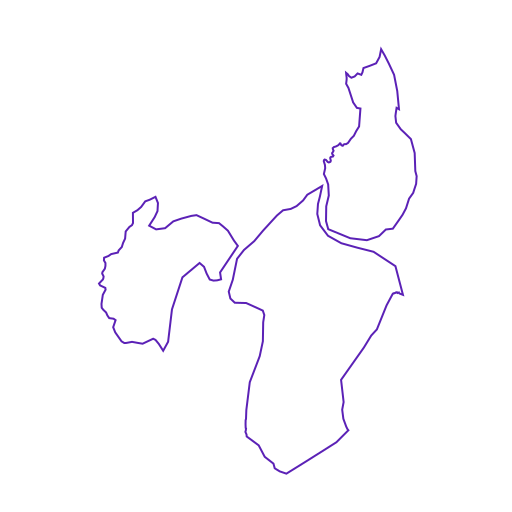 the district of Warri South-West, Delta, Nigeria, rotated 274°
{"feature_id": "59680162B46174350236230", "entity_name": "Warri South-West", "entity_type": "district", "adm_level": 2, "iso_a3": "NGA", "parent_name": "Nigeria", "parent_adm1": "Delta", "projection": "albers", "projection_center": [5.499, 5.604], "detail": "fine", "context": "isolated", "style": "outline", "palette": "violet", "viewbox_px": 512, "rotation_deg": 274, "n_neighbors": 0, "source": "geoboundaries", "source_scale": "gbopen_adm2", "svg_char_len": 3290}
<svg xmlns="http://www.w3.org/2000/svg" viewBox="0 0 512 512"><g transform="rotate(274 256 256)"><path d="M227.5,405.3L255.6,395.8L268.4,373.0L271.4,356.3L274.7,340.2L281.2,326.4L291.1,317.8L302.2,314.2L312.3,314.2L319.8,315.6L330.5,317.1L320.7,302.9L314.7,299.1L308.6,293.0L305.4,287.4L303.5,279.8L297.9,274.1L290.9,268.5L285.6,264.3L285.0,263.8L281.7,261.2L270.7,253.2L261.2,243.6L251.9,237.3L230.7,234.5L218.6,231.3L211.8,233.4L207.9,238.1L208.4,249.5L204.1,261.1L203.7,262.2L202.0,266.6L197.7,268.4L190.4,267.8L171.4,268.8L156.4,266.7L152.7,265.6L129.7,258.6L101.7,257.1L92.7,257.4L91.6,257.1L87.6,257.3L83.7,257.7L83.3,258.1L81.4,258.0L79.8,257.7L77.2,259.0L75.3,259.3L69.6,268.3L67.3,271.9L56.3,278.7L50.1,287.9L45.5,289.5L42.8,294.7L41.0,301.5L54.3,319.9L75.8,349.2L88.6,360.3L89.7,359.3L92.1,357.9L99.7,354.5L108.7,352.7L116.4,353.6L138.4,349.5L172.2,370.0L184.7,376.5L191.2,381.7L215.9,389.7L227.7,395.0L228.1,395.3L228.2,396.1L228.6,396.3L228.8,397.4L229.2,397.8L229.2,398.4L229.6,398.6L229.6,398.9L229.4,398.9L229.4,400.3L229.2,400.3L229.4,400.8L229.2,400.8L229.2,401.2L228.6,401.8L227.5,405.3ZM412.4,388.4L430.4,385.4L446.4,381.1L457.2,375.1L464.9,370.5L471.0,366.4L463.2,365.4L456.6,362.4L453.6,356.1L451.0,350.1L446.7,349.4L444.1,348.4L445.2,344.6L442.0,341.9L440.5,338.7L442.0,336.2L443.7,334.9L445.0,333.1L443.2,333.4L440.1,334.0L438.2,334.1L434.1,333.9L430.1,336.5L416.5,342.0L416.1,342.1L410.8,346.3L410.4,349.9L392.4,349.8L387.7,347.3L382.7,345.2L379.6,342.5L375.2,339.9L373.9,338.1L373.8,336.7L373.3,335.6L372.2,335.1L372.0,334.4L372.9,333.0L374.1,332.5L374.3,332.0L372.3,330.4L370.9,328.2L370.1,326.1L368.9,325.0L367.4,325.4L366.6,326.0L365.7,325.8L363.9,324.7L363.0,325.0L361.6,326.3L360.6,325.8L360.1,323.9L359.5,323.3L358.8,323.2L356.2,324.0L355.1,323.6L354.4,322.1L354.8,321.0L356.7,319.1L357.0,317.7L356.3,317.1L355.3,317.0L351.7,318.4L348.5,318.9L342.5,318.0L338.2,320.5L332.4,323.0L321.4,324.4L310.5,322.6L295.7,323.4L287.8,326.2L280.3,348.8L279.5,365.5L284.4,377.3L291.5,383.7L292.8,390.6L301.7,396.0L307.3,399.3L314.0,402.3L323.9,404.7L329.9,408.4L333.6,409.3L339.1,410.7L346.8,410.7L351.8,409.0L369.8,407.1L383.4,402.4L389.4,395.4L392.5,391.6L398.7,386.5L405.3,385.3L407.1,385.4L408.6,385.5L413.6,385.9L412.4,388.4ZM230.3,222.8L237.1,221.3L264.8,237.2L269.9,232.9L279.3,226.2L283.2,221.1L286.2,216.8L286.2,210.3L289.7,201.4L292.6,193.8L291.5,188.7L289.9,184.1L288.1,178.9L284.8,171.1L277.4,163.4L275.6,154.5L278.8,147.3L287.7,152.2L293.9,154.6L302.0,154.5L308.0,151.6L304.7,146.0L302.8,141.7L296.9,138.0L293.4,134.5L290.5,130.2L280.3,131.0L278.1,130.1L276.2,127.7L271.4,124.3L264.2,124.2L259.8,122.5L255.6,121.5L252.0,118.6L249.8,118.0L247.8,111.4L245.7,108.8L243.7,104.6L241.0,104.6L238.5,106.3L235.6,106.5L232.8,106.1L229.1,103.9L227.7,103.8L225.0,105.4L223.3,105.3L221.9,104.9L217.6,101.3L215.8,102.5L213.7,107.9L211.9,108.3L206.6,105.9L197.4,105.2L193.6,105.7L191.7,107.4L189.2,110.4L186.3,111.9L183.8,113.9L183.5,118.3L182.2,120.4L175.0,118.5L170.0,120.9L161.5,127.8L160.0,130.7L160.2,132.6L161.7,138.3L161.0,144.7L160.6,149.0L166.3,159.2L165.3,161.6L161.5,165.2L155.0,170.0L164.3,174.3L196.9,175.9L229.6,184.1L245.1,200.2L241.6,204.9L235.0,208.0L229.3,211.5L228.5,215.3L229.0,218.9L230.3,222.8Z" fill="none" stroke="#5b21b6" stroke-width="2"/></g></svg>